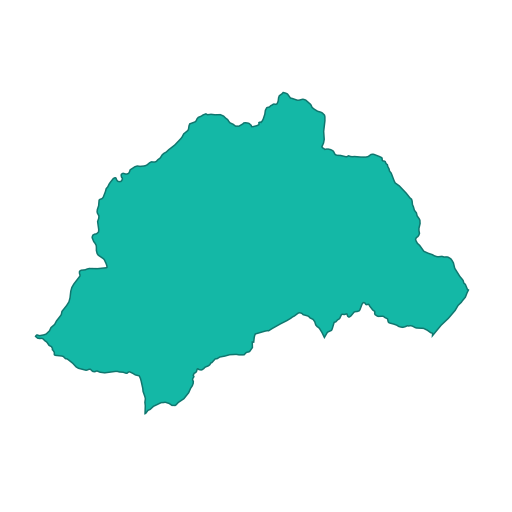 outline of Betéitiva, Boyacá, Colombia, rotated 184°
{"feature_id": "7082276B99729391048733", "entity_name": "Betéitiva", "entity_type": "district", "adm_level": 2, "iso_a3": "COL", "parent_name": "Colombia", "parent_adm1": "Boyacá", "projection": "orthographic", "projection_center": [-72.847, 5.922], "detail": "fine", "context": "isolated", "style": "filled", "palette": "teal", "viewbox_px": 512, "rotation_deg": 184, "n_neighbors": 0, "source": "geoboundaries", "source_scale": "gbopen_adm2", "svg_char_len": 6109}
<svg xmlns="http://www.w3.org/2000/svg" viewBox="0 0 512 512"><g transform="rotate(184 256 256)"><path d="M331.3,383.2L331.9,381.2L332.2,377.7L332.8,376.4L336.6,372.8L338.0,369.6L339.1,367.9L344.8,361.0L350.5,355.9L352.8,353.4L355.0,352.0L356.6,350.4L358.3,347.2L360.8,345.0L361.9,343.5L362.8,343.0L364.0,342.6L367.0,342.6L368.7,341.5L371.0,339.3L372.6,338.4L374.3,337.9L377.9,337.3L380.7,337.5L383.0,336.6L387.5,333.2L388.3,330.4L389.1,329.4L390.7,328.7L391.9,328.7L394.1,329.2L394.9,329.0L395.9,328.2L396.1,327.7L396.1,326.8L395.6,325.2L394.8,324.4L394.7,323.5L395.1,322.1L395.9,321.0L397.5,320.6L399.2,320.9L400.4,322.3L401.1,323.9L401.5,324.2L402.2,324.2L403.7,323.4L406.5,319.3L407.5,317.6L408.7,314.6L410.1,312.8L410.8,309.4L412.5,303.9L413.6,302.5L415.6,301.6L416.1,301.2L416.4,300.7L416.5,295.1L417.5,291.3L417.6,289.2L417.3,287.9L415.5,285.0L415.5,282.7L416.4,279.3L414.7,271.2L414.8,268.9L416.2,267.4L417.2,266.8L418.6,266.5L420.2,265.4L420.7,263.7L420.7,262.8L418.9,259.1L417.4,257.4L416.1,255.3L415.8,253.2L415.6,250.3L414.6,247.3L413.4,245.8L408.1,242.7L407.1,241.8L405.0,238.0L404.0,235.6L403.9,234.2L404.6,233.8L413.3,232.3L421.4,231.9L423.6,231.2L425.4,230.3L429.4,229.6L430.7,228.7L431.0,228.1L431.0,227.5L430.8,226.1L430.2,224.7L430.3,223.6L435.8,215.3L437.5,211.8L438.3,208.0L438.6,201.3L439.4,197.2L441.5,193.3L445.7,187.2L446.1,184.2L446.6,183.1L450.5,177.3L452.1,173.7L455.5,170.3L456.8,166.9L459.9,163.5L462.2,162.5L466.4,161.4L469.0,162.0L469.9,161.2L470.3,160.4L468.1,158.8L466.0,158.6L463.9,158.9L462.7,158.5L460.8,156.8L459.1,155.8L458.4,155.2L456.2,152.4L453.7,151.3L452.6,149.5L452.6,148.3L451.8,147.7L450.5,145.9L450.3,143.5L450.0,143.2L448.9,142.9L442.9,142.7L441.2,142.3L438.9,140.3L437.3,140.2L435.8,139.3L431.3,136.2L427.7,132.8L425.3,131.6L417.6,130.2L416.7,130.4L414.8,131.3L413.7,131.5L413.2,131.4L411.2,129.7L410.5,129.4L408.7,129.3L407.4,130.0L406.5,130.2L403.5,129.2L398.8,128.9L388.1,131.1L386.1,131.2L384.2,130.8L380.5,130.8L377.4,130.0L376.4,130.1L375.3,131.2L374.4,131.6L373.6,131.5L370.6,130.3L368.1,129.0L364.1,128.3L362.7,125.7L361.8,123.1L359.7,116.0L359.2,113.0L357.0,107.9L356.4,105.9L356.6,102.2L356.0,99.0L355.7,91.0L355.1,91.3L353.0,94.5L350.9,95.6L347.8,98.9L340.4,103.1L337.7,103.4L336.6,103.8L335.9,103.7L332.3,102.8L329.4,101.1L326.2,101.3L325.4,101.9L323.3,104.5L318.0,108.6L313.6,115.0L312.0,119.5L310.5,122.1L309.8,124.5L309.8,126.7L310.5,127.6L310.6,128.3L310.6,129.3L309.6,131.1L309.6,131.6L310.3,132.3L310.2,132.9L309.5,134.7L308.3,135.4L307.4,136.4L306.8,139.0L306.4,139.4L306.0,139.4L305.4,138.9L304.2,138.6L302.8,138.5L302.0,138.7L300.2,140.1L299.5,141.1L298.6,141.8L296.2,142.9L295.4,143.5L294.6,144.2L293.5,146.2L292.6,146.6L289.5,150.5L288.8,150.8L288.1,150.7L287.4,151.0L285.1,152.7L280.1,154.0L275.4,155.7L268.8,156.5L266.0,156.2L261.0,156.6L259.2,158.8L258.2,159.4L256.6,159.8L255.7,160.3L253.2,164.4L253.7,169.9L252.3,169.9L252.1,174.8L251.7,176.9L251.2,178.2L241.7,181.7L239.5,182.3L238.2,182.3L234.8,184.8L226.6,190.2L220.7,193.7L217.0,196.3L215.3,197.8L213.6,198.8L209.9,202.0L208.9,202.4L207.4,202.3L206.0,201.8L204.9,200.8L200.1,199.8L199.0,199.2L197.9,198.1L194.6,196.7L192.8,194.5L191.6,191.4L189.9,189.7L188.7,189.1L187.5,188.0L184.8,184.2L182.1,179.5L179.7,184.4L179.0,185.2L175.5,187.1L174.9,188.6L173.4,195.3L171.8,195.9L170.1,198.1L169.0,198.7L168.1,199.7L166.7,203.4L166.0,203.9L163.7,203.8L161.9,204.5L161.3,204.5L160.3,202.3L159.2,201.6L158.6,201.7L157.1,202.9L154.3,206.8L153.5,207.3L151.2,207.7L149.3,208.5L148.6,209.6L146.9,215.3L146.1,216.6L145.6,217.0L144.8,217.0L144.0,216.6L143.2,215.5L142.7,215.2L142.2,215.2L140.6,215.7L139.8,215.3L139.5,214.5L138.5,213.3L135.7,210.2L133.8,209.1L133.5,208.2L133.7,207.4L133.2,205.9L130.8,204.5L129.7,204.3L125.2,204.8L124.1,204.3L123.1,203.6L120.4,202.5L119.5,199.5L118.8,198.8L117.6,198.4L113.9,197.7L110.7,196.8L108.8,195.7L106.3,195.2L104.6,195.1L102.4,195.8L100.1,197.0L99.0,196.8L97.0,197.3L95.1,197.0L92.2,195.7L90.9,195.4L83.8,195.5L79.9,193.9L76.4,191.7L75.0,191.4L74.4,191.0L74.4,188.8L66.5,199.9L59.8,207.2L58.0,209.6L53.5,215.7L51.0,220.8L48.0,224.1L47.1,225.6L44.3,229.5L42.8,234.3L41.7,236.9L42.8,237.5L45.2,242.3L46.8,243.5L47.6,245.8L48.4,246.9L51.2,249.8L56.9,257.6L58.6,262.9L60.2,265.3L61.5,266.8L64.2,268.2L65.4,268.4L68.3,268.1L70.5,268.6L74.3,267.9L75.7,268.0L78.3,268.7L80.0,269.6L84.6,270.8L88.9,272.4L93.5,278.0L95.9,279.9L97.6,282.6L98.0,283.9L97.3,285.5L95.9,286.7L95.1,288.0L94.5,290.0L95.2,292.6L95.4,294.8L94.6,299.8L95.0,303.1L95.9,304.6L98.1,307.3L99.0,310.2L101.2,312.7L102.5,316.3L103.5,318.1L104.1,321.7L104.8,323.5L106.5,324.7L110.6,329.2L117.9,335.9L122.3,338.6L123.5,340.7L126.4,347.0L127.0,348.2L128.7,350.0L129.4,352.2L130.9,354.6L131.3,356.2L132.7,357.2L133.7,359.2L134.6,359.6L136.0,359.7L136.7,360.2L137.1,362.4L137.5,362.9L140.0,363.9L145.5,365.6L146.6,365.7L148.3,365.3L151.1,363.0L153.4,362.3L158.4,362.0L164.7,362.1L166.5,361.8L168.4,361.8L170.7,362.4L172.4,361.3L173.4,361.3L178.7,362.2L182.1,362.1L183.6,362.5L184.4,363.1L186.1,365.9L187.5,366.7L188.9,367.3L191.4,367.7L193.1,367.6L194.8,367.1L195.8,367.9L196.9,368.4L197.9,369.5L196.5,373.5L196.1,377.1L197.2,385.0L196.7,395.7L197.0,399.7L197.5,401.3L199.8,403.3L201.4,404.0L204.7,404.7L208.1,406.5L210.4,408.1L211.7,410.5L212.3,411.2L217.3,415.0L219.6,415.6L220.5,415.6L224.0,414.4L225.7,414.3L231.3,415.8L232.6,415.9L235.9,419.8L237.7,420.5L240.3,421.0L241.3,419.7L243.9,417.5L244.5,415.5L244.7,412.0L245.4,409.8L246.0,409.0L246.7,408.7L248.8,408.8L249.4,408.6L250.2,407.9L251.7,407.0L253.1,405.5L255.2,404.9L255.7,404.5L256.8,402.0L257.1,398.0L258.4,392.9L259.5,390.6L260.4,390.0L260.4,389.6L261.4,389.8L262.4,389.3L262.2,387.6L262.4,387.1L264.4,386.0L268.0,384.8L269.4,384.7L269.9,386.0L272.1,387.7L273.2,388.0L275.8,388.2L277.4,387.9L278.4,386.8L282.1,384.3L285.5,384.1L288.0,385.8L291.2,387.0L292.8,388.6L293.1,389.3L294.4,390.5L295.9,391.4L298.1,393.3L301.4,394.5L306.7,394.0L310.7,394.2L313.8,393.6L314.5,393.6L315.9,394.3L318.7,393.0L320.3,391.7L323.2,390.3L324.4,388.7L325.1,386.7L326.2,385.5L331.3,383.2Z" fill="#14b8a6" stroke="#0f766e" stroke-width="1.5"/></g></svg>